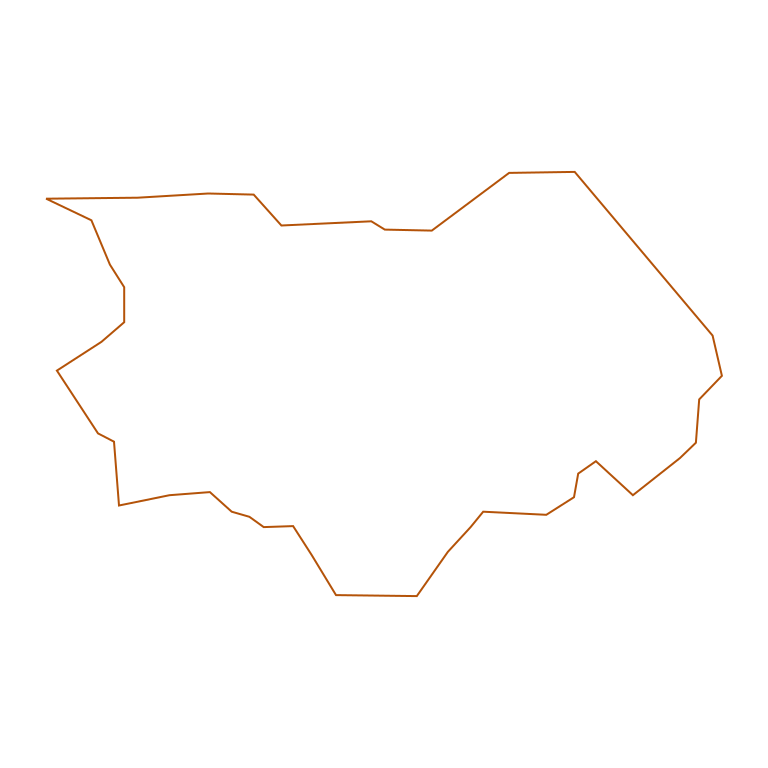 outline of Krujë, Durrës, Albania
{"feature_id": "67620474B91291617478666", "entity_name": "Krujë", "entity_type": "district", "adm_level": 2, "iso_a3": "ALB", "parent_name": "Albania", "parent_adm1": "Durrës", "projection": "robinson", "projection_center": [19.708, 41.488], "detail": "fine", "context": "isolated", "style": "outline", "palette": "amber", "viewbox_px": 768, "rotation_deg": 0, "n_neighbors": 0, "source": "geoboundaries", "source_scale": "gbopen_adm2", "svg_char_len": 626}
<svg xmlns="http://www.w3.org/2000/svg" viewBox="0 0 768 768"><path d="M46.1,198.7L91.4,220.3L109.9,264.6L124.2,287.2L124.2,322.2L101.5,341.8L56.9,370.6L98.0,433.4L114.0,441.7L119.0,505.5L169.5,495.2L209.9,492.1L231.7,511.7L249.4,516.8L263.7,527.1L293.1,526.1L311.6,554.9L336.0,595.1L416.8,596.1L447.9,551.8L470.6,527.1L483.2,511.7L546.3,514.8L574.0,497.2L578.2,473.6L595.9,461.2L632.9,495.2L679.9,458.1L695.9,442.7L699.2,399.4L721.9,375.8L712.6,335.6L574.7,171.9L509.1,172.9L431.8,230.6L384.8,229.6L371.3,221.3L281.4,225.5L253.7,194.6L208.3,193.5L137.7,197.7L46.1,198.7Z" fill="none" stroke="#b45309" stroke-width="2"/></svg>